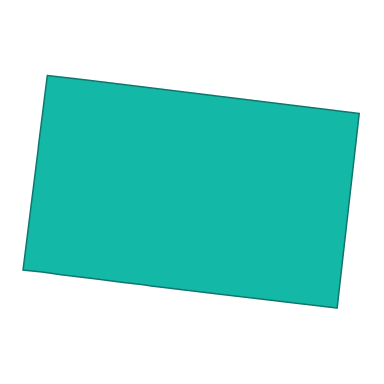 outline of Fall River, South Dakota, United States of America, rotated 7°
{"feature_id": "52423323B73670292543255", "entity_name": "Fall River", "entity_type": "district", "adm_level": 2, "iso_a3": "USA", "parent_name": "United States of America", "parent_adm1": "South Dakota", "projection": "orthographic", "projection_center": [-103.704, 43.24], "detail": "fine", "context": "isolated", "style": "filled", "palette": "teal", "viewbox_px": 384, "rotation_deg": 7, "n_neighbors": 0, "source": "geoboundaries", "source_scale": "gbopen_adm2", "svg_char_len": 488}
<svg xmlns="http://www.w3.org/2000/svg" viewBox="0 0 384 384"><g transform="rotate(7 192 192)"><path d="M34.2,94.0L34.1,114.1L34.1,129.7L34.0,156.4L34.0,165.3L34.1,168.3L34.1,171.3L33.8,290.1L52.5,289.7L59.9,289.8L72.4,290.1L105.2,290.0L105.7,290.0L135.4,290.2L154.1,290.0L164.5,290.3L176.9,290.2L177.1,290.2L198.1,290.2L198.5,290.2L228.8,290.1L247.9,290.0L310.4,289.7L310.8,289.7L350.2,289.5L348.4,93.7L70.3,93.7L34.2,94.0Z" fill="#14b8a6" stroke="#0f766e" stroke-width="1.5"/></g></svg>